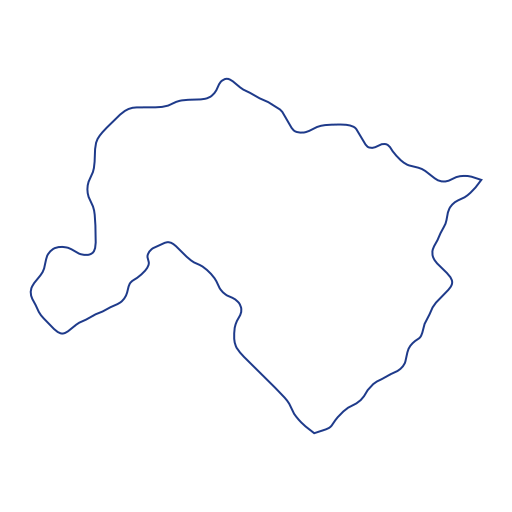 the district of Jima Abajo, La Vega, Dominican Republic
{"feature_id": "3306468B99813204721250", "entity_name": "Jima Abajo", "entity_type": "district", "adm_level": 2, "iso_a3": "DOM", "parent_name": "Dominican Republic", "parent_adm1": "La Vega", "projection": "orthographic", "projection_center": [-70.397, 19.12], "detail": "fine", "context": "isolated", "style": "outline", "palette": "blue", "viewbox_px": 512, "rotation_deg": 0, "n_neighbors": 0, "source": "geoboundaries", "source_scale": "gbopen_adm2", "svg_char_len": 3465}
<svg xmlns="http://www.w3.org/2000/svg" viewBox="0 0 512 512"><path d="M54.0,329.0L57.7,332.0L60.5,333.3L62.1,333.6L63.7,333.4L65.2,332.9L68.0,331.3L76.2,324.7L79.2,322.7L86.1,319.6L95.6,314.3L102.6,311.5L110.5,307.2L117.5,304.1L120.4,302.4L121.8,301.3L124.2,298.6L126.0,295.6L127.1,292.6L128.6,286.5L129.7,283.8L130.5,282.6L132.4,280.8L137.2,277.8L141.3,274.5L145.1,270.7L147.2,267.9L148.5,265.1L148.8,263.7L148.8,262.3L147.5,257.2L147.5,255.8L147.9,254.3L149.3,251.6L151.6,249.2L153.0,248.2L164.8,242.8L167.3,242.2L168.6,242.2L171.1,242.8L173.4,244.1L176.0,246.2L186.6,256.7L191.0,260.4L194.0,262.4L199.6,264.9L202.5,266.5L206.9,269.9L211.0,273.9L214.5,278.2L216.4,281.3L219.6,288.1L220.6,289.6L222.9,292.3L225.6,294.5L227.1,295.5L232.4,297.8L235.2,299.4L237.8,301.7L239.0,303.0L239.9,304.5L241.1,307.6L241.3,309.1L241.2,312.0L240.2,315.1L236.9,321.0L235.6,324.3L234.7,327.8L234.2,333.3L234.2,338.8L234.7,342.5L235.8,346.0L236.6,347.8L240.0,352.5L243.9,356.8L275.0,387.6L284.6,397.6L287.1,400.6L289.2,403.7L294.1,413.8L296.3,416.8L298.7,419.7L301.3,422.5L305.5,426.4L314.2,433.2L325.8,429.4L328.9,428.0L330.3,427.0L331.5,425.8L335.4,420.1L337.8,417.1L343.4,411.4L348.1,407.7L356.4,403.4L360.7,400.1L364.0,396.2L367.7,390.1L373.2,384.1L376.9,381.5L381.6,379.2L390.8,374.1L397.5,371.0L400.4,368.9L402.9,366.3L404.8,363.2L405.4,361.4L407.4,352.3L408.6,348.7L410.4,345.7L412.6,343.2L415.1,341.0L419.1,338.3L420.2,337.2L421.1,335.8L422.3,332.7L424.6,323.9L429.5,314.4L432.6,307.4L436.0,302.6L448.3,289.9L450.5,287.1L451.4,285.5L452.0,283.9L452.2,282.1L451.9,280.3L450.4,277.2L446.9,273.0L437.1,263.4L434.7,260.3L433.8,258.7L433.0,256.9L432.5,255.0L432.4,251.3L432.8,249.4L434.1,246.2L437.5,240.1L440.5,233.2L443.9,226.9L445.5,223.7L446.5,220.0L447.9,212.5L449.2,209.0L450.0,207.4L452.2,204.6L454.9,202.2L458.0,200.4L464.6,197.3L467.5,195.3L470.3,192.9L475.5,187.5L481.3,179.9L471.5,176.7L467.7,176.0L463.8,175.9L460.0,176.2L456.3,177.1L448.7,180.7L445.2,181.5L441.6,181.4L437.9,180.3L434.7,178.3L425.3,171.0L421.9,169.0L418.3,167.7L409.0,165.4L407.2,164.7L403.7,162.6L400.6,160.1L396.3,155.7L392.7,151.3L390.0,147.1L387.8,145.0L386.4,144.3L384.8,144.0L381.7,144.2L375.2,147.2L372.2,147.9L369.1,147.5L367.6,146.8L365.5,144.5L356.3,129.1L355.1,127.8L353.6,126.8L350.1,125.5L346.2,124.8L340.0,124.5L331.4,124.7L325.1,125.1L320.9,125.8L317.0,127.0L309.2,130.9L305.8,132.1L304.0,132.5L300.3,132.6L296.8,132.0L295.2,131.4L293.7,130.4L291.6,127.9L282.3,111.9L280.0,109.5L268.2,102.1L259.6,98.3L250.1,92.9L243.3,89.6L240.0,87.3L232.8,81.3L229.8,79.5L228.2,78.9L226.4,78.8L224.8,79.1L222.1,80.6L220.9,81.6L219.1,84.2L216.3,90.3L214.4,93.1L211.9,95.6L210.5,96.7L207.0,98.3L205.0,98.8L200.8,99.4L188.1,99.8L181.8,100.4L179.7,100.8L176.1,101.9L168.1,105.6L162.1,106.9L155.8,107.3L136.7,107.4L132.5,107.8L128.5,109.0L124.9,110.9L120.1,114.6L106.7,127.7L102.4,132.3L99.8,135.5L97.6,138.9L96.1,142.7L95.1,149.0L94.6,161.8L93.9,168.1L92.9,172.1L88.6,181.7L87.7,185.4L87.4,189.3L87.7,193.1L88.6,196.9L93.0,206.5L94.1,210.5L94.7,214.7L95.4,225.5L95.7,242.6L95.1,248.1L93.9,251.3L92.7,252.8L91.2,253.8L89.6,254.5L87.9,254.9L84.3,254.9L80.7,254.2L79.0,253.6L71.5,249.3L68.1,247.8L66.2,247.4L62.4,246.9L58.5,247.1L54.8,248.1L53.1,249.0L50.3,251.3L48.1,254.1L47.2,255.7L46.1,259.3L44.1,268.5L42.6,272.1L40.4,275.4L34.2,283.0L32.2,286.3L31.4,288.1L30.7,291.8L31.1,295.6L32.3,298.9L35.6,305.0L38.8,311.9L41.0,315.3L43.7,318.4L54.0,329.0Z" fill="none" stroke="#1e3a8a" stroke-width="2"/></svg>